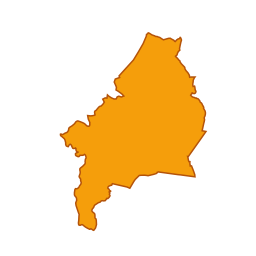 the district of Sasca Montana, Caras-Severin, Romania, rotated 153°
{"feature_id": "2599482B70616136080188", "entity_name": "Sasca Montana", "entity_type": "district", "adm_level": 2, "iso_a3": "ROU", "parent_name": "Romania", "parent_adm1": "Caras-Severin", "projection": "mercator", "projection_center": [21.728, 44.889], "detail": "fine", "context": "isolated", "style": "filled", "palette": "amber", "viewbox_px": 256, "rotation_deg": 153, "n_neighbors": 0, "source": "geoboundaries", "source_scale": "gbopen_adm2", "svg_char_len": 5656}
<svg xmlns="http://www.w3.org/2000/svg" viewBox="0 0 256 256"><g transform="rotate(153 128 128)"><path d="M69.0,203.0L70.1,201.4L76.2,196.3L84.2,191.1L92.3,186.1L102.3,182.3L112.3,178.5L112.5,176.8L117.1,177.4L119.4,175.2L119.7,170.5L119.9,169.4L121.4,167.3L120.0,165.1L118.0,161.1L117.2,158.4L119.8,158.6L121.7,160.5L123.4,160.7L125.3,159.3L127.3,160.2L129.1,162.4L130.6,165.0L131.3,166.8L133.2,164.2L134.7,165.2L137.4,165.2L137.4,161.8L139.5,160.6L141.9,159.8L143.3,160.1L144.5,159.9L146.9,158.9L148.1,158.3L149.8,158.1L150.0,157.9L150.3,157.7L150.5,157.4L150.6,157.1L150.8,156.9L151.1,155.7L151.5,154.6L152.3,154.6L153.2,154.9L154.2,155.1L155.9,155.8L158.3,157.4L159.1,154.7L159.4,153.5L159.4,151.7L159.6,149.9L159.9,149.5L160.2,149.1L160.4,148.6L160.6,148.1L161.4,147.4L162.2,147.4L162.4,147.5L162.9,147.8L163.4,148.2L163.5,148.4L163.7,148.7L164.1,149.7L164.4,150.6L164.7,151.5L165.8,153.1L167.1,154.6L167.8,155.4L169.5,157.1L170.4,157.3L171.9,157.1L172.5,156.7L173.1,156.4L173.7,156.1L174.4,155.9L177.1,155.3L179.7,155.1L180.6,154.8L181.0,154.4L181.4,154.0L181.7,153.5L182.0,153.0L183.4,152.1L184.4,151.8L185.7,151.9L187.0,152.0L188.1,151.8L189.2,151.8L190.4,153.0L190.9,153.2L191.2,152.8L191.4,152.3L191.4,151.5L191.0,150.9L190.4,149.3L189.7,147.6L189.6,146.7L189.6,146.0L190.2,143.2L190.9,141.9L190.9,141.7L191.1,140.9L191.1,140.1L190.8,139.6L190.5,139.2L190.1,138.8L189.7,138.5L188.1,139.6L186.9,139.8L186.4,139.0L186.3,137.9L186.4,137.1L186.4,136.2L186.4,135.1L186.3,134.9L186.2,134.7L185.8,134.4L185.5,134.3L185.0,134.1L184.6,134.0L184.2,134.0L183.8,134.0L183.7,133.2L184.0,132.7L184.3,132.2L184.4,131.6L184.5,131.0L184.3,130.3L184.3,130.2L183.9,129.7L183.5,129.2L183.8,129.1L184.3,129.1L184.5,129.1L185.0,129.3L186.4,129.0L187.0,127.8L186.9,126.9L185.6,125.2L184.8,124.8L184.4,124.9L184.0,125.0L183.6,125.2L183.2,125.5L182.6,125.1L181.9,124.8L181.3,124.5L180.6,124.2L180.1,124.1L179.7,124.1L179.2,124.2L178.8,124.3L178.3,123.3L178.4,122.1L178.6,121.0L179.2,120.1L180.1,119.6L181.4,117.7L181.7,116.8L182.2,116.0L182.8,115.5L183.5,115.2L184.6,114.9L185.6,114.5L187.1,114.2L188.6,113.9L189.4,113.5L190.0,112.4L190.5,110.5L191.4,109.1L192.5,108.1L193.5,107.1L193.7,106.2L193.4,104.0L194.1,102.6L194.5,100.5L195.5,99.4L196.4,98.9L197.5,98.4L198.3,97.7L199.8,97.1L201.2,97.1L202.3,97.8L203.2,97.3L205.1,94.7L206.1,92.7L206.1,91.3L205.9,90.8L205.8,90.2L205.7,89.7L205.7,89.1L206.5,86.9L207.1,86.4L207.6,85.9L208.2,85.4L208.7,84.8L209.5,82.4L210.6,74.9L210.8,73.0L211.5,72.1L213.6,68.4L215.3,65.9L215.9,64.1L215.1,63.2L214.5,63.0L213.0,62.9L212.4,62.4L212.0,61.5L211.6,60.6L211.2,59.7L210.7,58.8L209.6,57.1L208.4,55.5L208.3,55.3L207.7,55.0L206.8,55.1L206.5,54.7L205.6,53.0L205.0,52.4L204.4,52.6L202.3,53.7L199.9,56.3L198.2,60.1L197.8,61.5L198.1,62.2L198.2,62.9L198.0,63.5L197.4,64.5L196.7,66.3L196.7,67.1L197.7,69.4L197.8,69.9L197.8,70.4L197.7,70.7L197.4,71.3L196.9,71.7L196.6,72.0L194.7,72.8L193.4,74.0L192.6,74.4L188.3,74.9L186.6,74.6L185.2,75.1L184.4,75.1L183.9,74.9L182.6,74.0L182.1,73.9L181.3,73.6L180.8,73.8L180.6,73.9L179.9,74.4L179.4,74.4L178.9,74.8L178.7,74.9L178.4,74.7L178.0,74.3L176.9,74.6L176.3,74.8L176.2,74.9L175.0,75.6L174.7,76.0L174.7,76.6L174.8,77.2L174.5,77.6L174.2,77.9L173.9,78.0L173.7,78.3L173.9,78.8L173.9,79.2L173.8,79.6L173.7,79.7L173.2,79.5L172.3,79.5L172.1,79.6L172.2,79.9L172.7,80.7L172.7,81.1L172.8,82.0L172.8,82.4L173.1,83.0L173.3,83.2L173.3,83.4L173.1,83.9L172.7,84.4L172.1,84.7L171.6,84.8L171.0,84.9L169.6,84.7L169.2,84.8L168.6,84.4L168.0,84.8L167.6,85.3L167.2,85.5L164.9,83.6L155.7,75.9L153.7,73.5L147.1,77.7L144.9,78.9L139.5,80.6L137.5,79.8L135.5,78.8L134.5,78.3L133.6,77.7L132.7,77.1L131.8,76.4L126.3,75.1L123.5,74.6L122.6,74.8L122.3,74.9L122.1,75.2L121.5,75.1L120.6,75.0L120.1,74.5L104.7,63.8L102.5,62.4L90.5,54.1L89.7,56.1L89.1,60.3L88.6,65.4L89.8,65.9L89.3,67.1L89.3,67.6L88.8,68.6L88.6,69.1L88.1,69.9L89.0,70.4L88.7,72.2L88.1,74.1L87.8,75.5L87.4,75.1L66.5,86.1L60.1,89.5L63.2,91.9L57.7,98.6L57.4,98.8L56.6,99.9L56.4,100.1L56.2,100.4L56.0,100.7L55.9,101.0L55.8,101.7L55.6,102.0L55.5,102.3L55.2,102.8L55.0,103.0L54.3,103.5L53.7,104.0L53.4,104.5L52.9,105.0L52.6,105.5L52.1,106.4L51.8,107.3L51.7,108.0L51.6,108.4L51.7,109.3L51.7,110.7L51.7,111.4L51.6,111.5L51.3,111.7L51.2,112.0L51.1,112.4L51.1,112.8L51.2,113.2L51.1,113.9L51.2,114.3L51.2,114.9L51.2,115.4L51.1,116.1L51.3,117.1L51.6,117.6L51.8,118.1L51.9,118.4L51.9,118.6L51.9,118.8L51.8,119.2L51.7,119.4L51.8,119.7L51.8,120.3L52.0,121.0L52.2,121.9L52.5,122.5L53.4,123.1L53.5,123.2L53.7,123.9L53.8,123.9L54.0,124.0L54.4,124.1L54.5,124.2L54.8,124.7L55.2,125.3L55.8,125.7L56.1,126.0L56.7,126.8L56.8,127.3L57.2,128.3L57.3,128.8L56.9,129.0L56.6,129.2L55.4,129.8L55.0,130.1L54.9,130.2L54.7,130.1L54.6,129.4L54.5,129.2L54.2,129.1L53.7,128.9L53.5,128.7L53.2,128.5L52.8,128.5L52.5,128.5L51.9,128.7L51.4,129.1L51.0,129.5L50.9,129.7L50.8,130.0L50.8,130.3L50.9,131.5L50.7,131.7L50.6,132.1L50.0,133.8L49.8,134.4L49.7,135.1L51.1,135.4L51.0,136.0L50.8,136.8L50.4,137.6L49.9,138.4L49.1,139.4L48.8,139.9L48.2,140.9L46.5,142.3L45.9,142.7L45.6,142.8L45.2,143.0L48.7,144.8L50.0,145.2L49.4,147.2L49.5,149.7L50.3,152.9L50.4,154.9L49.9,156.3L51.3,161.0L51.6,163.0L51.3,164.2L51.9,165.6L52.3,167.8L52.6,168.4L52.8,169.1L53.0,169.7L53.1,170.4L51.2,170.8L49.9,172.2L48.4,173.3L46.5,173.8L46.2,175.0L46.0,175.4L44.3,177.6L42.5,179.8L42.0,180.4L40.4,182.1L40.1,184.2L40.4,185.0L41.6,184.3L43.0,184.6L44.6,184.4L46.7,183.6L47.1,184.1L47.3,185.3L47.9,186.2L48.5,187.0L49.1,187.9L49.6,188.8L51.2,189.5L56.4,190.5L57.5,192.3L58.6,194.3L59.7,195.3L60.7,196.5L61.6,196.8L62.5,198.1L64.4,200.1L66.0,202.8L66.8,203.6L67.9,203.0L69.0,203.0Z" fill="#f59e0b" stroke="#b45309" stroke-width="1.5"/></g></svg>